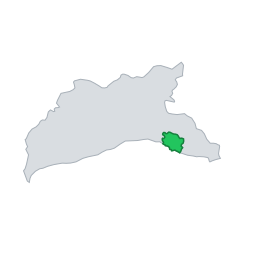 Cantemir on a map of Moldova (Mercator projection), rotated 284°
{"feature_id": "MDA-1631", "entity_name": "Cantemir", "entity_type": "District", "adm_level": 1, "iso_a3": "MDA", "parent_name": "Moldova", "parent_adm1": "", "projection": "mercator", "projection_center": [28.284, 46.256], "detail": "fine", "context": "in_parent", "style": "filled", "palette": "green", "viewbox_px": 256, "rotation_deg": 284, "n_neighbors": 0, "source": "natural_earth", "source_scale": "10m", "svg_char_len": 2710}
<svg xmlns="http://www.w3.org/2000/svg" viewBox="0 0 256 256"><g transform="rotate(284 128 128)"><path d="M51.3,45.4L52.2,43.1L61.2,37.0L63.6,38.0L68.3,38.3L77.9,38.0L82.6,34.0L85.6,35.1L87.9,33.3L91.9,31.0L92.5,31.5L93.0,31.9L99.1,32.9L103.7,35.1L106.8,38.5L110.0,40.5L113.3,41.3L115.1,43.0L115.5,45.6L118.6,46.8L124.3,46.8L126.8,48.4L125.9,51.8L126.5,52.9L128.5,51.8L130.1,52.8L130.9,55.3L131.8,56.5L134.8,52.6L137.9,52.9L145.4,54.6L149.4,62.7L152.0,65.6L154.1,66.8L156.9,65.5L159.4,64.0L160.8,64.7L163.8,70.1L164.5,77.0L164.5,79.9L163.4,84.6L161.9,89.6L160.7,92.9L161.2,95.6L162.3,97.8L164.1,98.5L169.9,102.9L172.1,106.0L175.2,108.3L177.6,108.4L178.9,109.7L179.3,111.2L179.0,115.2L177.6,118.9L177.8,121.2L179.9,124.0L180.2,127.3L180.3,129.4L181.4,131.0L186.8,134.6L193.7,138.0L195.4,141.0L196.5,144.7L196.2,151.0L195.7,156.5L204.7,163.8L203.7,165.2L202.3,166.7L193.7,167.8L191.9,168.4L188.2,162.9L186.2,162.2L184.4,164.2L182.2,165.4L179.6,164.8L176.8,163.1L175.4,161.9L174.2,161.8L172.5,163.0L170.1,162.4L168.6,161.1L166.4,165.8L165.1,166.8L164.3,166.6L164.1,158.6L163.4,157.4L161.7,157.3L157.5,159.1L153.5,161.6L152.1,163.8L152.3,167.7L152.9,172.4L155.6,179.4L154.1,182.5L153.0,187.4L148.7,191.9L143.9,194.5L143.5,199.9L140.8,203.5L136.2,207.1L133.1,211.5L133.9,214.5L134.1,217.4L133.5,219.3L133.4,220.8L132.2,221.4L125.2,222.0L123.2,222.9L120.9,225.0L118.7,221.0L116.5,217.6L114.9,215.7L115.6,214.8L117.3,213.9L118.6,212.7L118.4,208.6L117.5,203.8L116.7,201.5L116.6,197.9L116.0,192.3L116.8,181.8L120.3,168.6L122.3,162.1L121.3,158.4L122.1,150.0L120.6,145.8L118.2,140.4L114.7,128.5L110.5,124.3L105.2,119.7L103.0,116.3L101.5,112.5L98.3,108.7L94.7,105.2L90.5,96.5L88.2,92.5L87.5,91.4L82.6,85.8L80.1,80.8L78.8,76.6L78.0,72.7L74.6,65.0L71.4,59.3L68.4,55.2L67.1,52.2L63.6,48.6L58.6,45.6L55.4,45.1L51.3,45.4Z" fill="#d9dde1" stroke="#a8b0b8" stroke-width="1"/><path d="M116.4,184.2L117.2,182.0L117.4,180.5L117.9,179.0L117.8,178.5L117.5,178.0L117.3,177.7L116.5,176.3L116.4,175.8L116.9,175.6L117.4,175.4L117.5,175.1L117.3,174.0L117.5,173.6L117.9,173.3L118.4,173.2L118.9,173.0L119.4,172.5L120.0,171.1L120.0,170.9L120.0,170.1L119.8,168.9L119.9,168.4L120.5,168.2L120.9,166.0L121.2,165.7L121.5,165.6L122.5,166.0L123.3,165.5L123.9,164.5L124.8,164.2L125.6,163.8L126.4,164.0L126.3,164.6L126.4,165.3L128.1,166.0L129.5,164.8L129.7,163.6L130.4,163.1L131.3,163.2L132.2,163.6L132.5,165.0L131.7,166.0L132.0,167.1L133.9,168.6L134.0,170.0L133.5,171.8L133.2,173.7L133.5,175.6L133.4,177.4L132.3,178.8L131.0,179.9L130.4,181.0L131.0,182.0L131.1,183.2L130.9,184.5L128.8,185.2L126.7,185.2L125.0,183.9L123.3,183.9L122.8,184.9L122.1,185.8L120.4,185.0L118.4,184.9L116.4,184.2Z" fill="#22c55e" stroke="#15803d" stroke-width="1.5"/></g></svg>